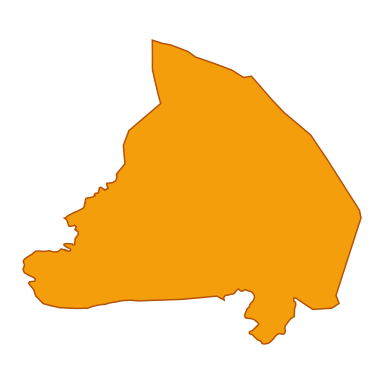 outline of Santa María Ipalapa, Oaxaca, Mexico
{"feature_id": "50627088B14334632848246", "entity_name": "Santa María Ipalapa", "entity_type": "district", "adm_level": 2, "iso_a3": "MEX", "parent_name": "Mexico", "parent_adm1": "Oaxaca", "projection": "albers", "projection_center": [-98.024, 16.622], "detail": "fine", "context": "isolated", "style": "filled", "palette": "amber", "viewbox_px": 384, "rotation_deg": 0, "n_neighbors": 0, "source": "geoboundaries", "source_scale": "gbopen_adm2", "svg_char_len": 4704}
<svg xmlns="http://www.w3.org/2000/svg" viewBox="0 0 384 384"><path d="M331.8,308.2L339.1,303.4L336.0,295.3L361.0,217.8L359.4,210.2L327.0,159.2L320.3,149.3L310.6,134.9L284.2,112.7L271.5,99.3L251.4,76.2L243.6,77.5L231.8,70.1L224.4,67.3L220.4,65.8L215.1,63.8L206.2,60.7L195.4,57.0L187.7,51.4L181.4,49.0L170.9,45.0L161.8,43.2L152.3,40.1L152.4,55.0L152.4,61.0L152.4,69.2L153.4,73.9L155.2,81.9L157.9,93.3L160.7,103.5L145.0,116.9L128.6,130.9L128.6,131.5L128.5,131.8L123.4,145.2L124.1,154.7L124.7,160.5L124.9,163.9L117.2,173.2L117.4,173.7L116.7,174.0L116.4,174.5L116.4,174.8L116.6,175.4L116.8,176.4L116.9,177.6L116.1,179.9L115.7,180.4L115.5,180.8L115.1,181.4L114.3,181.6L114.0,181.7L113.7,181.8L113.5,182.1L111.9,182.8L106.9,183.3L106.8,183.5L106.6,183.7L106.5,184.0L107.9,187.6L107.7,187.6L107.9,187.9L108.0,188.3L107.7,188.4L106.7,189.1L106.4,189.3L106.0,189.4L105.8,189.6L105.4,190.0L105.1,190.2L104.6,190.1L104.7,189.5L103.3,189.0L101.1,187.4L100.5,187.3L100.0,187.4L99.5,187.7L99.3,188.1L99.3,188.9L99.3,189.5L99.1,189.7L98.9,190.1L98.7,191.1L98.6,192.0L98.5,192.4L97.7,193.2L96.8,193.0L96.1,193.2L95.6,193.3L95.2,193.5L94.7,194.0L94.5,194.4L94.3,194.9L95.0,195.4L94.9,195.9L93.5,196.4L92.8,197.0L89.4,197.6L86.3,198.1L85.5,199.4L85.1,202.4L85.4,202.5L84.9,203.2L84.0,206.9L83.8,207.4L83.4,207.7L83.2,207.9L82.9,208.3L82.5,208.5L79.7,210.0L78.5,210.6L78.0,211.0L74.3,212.4L70.9,214.2L69.4,214.9L68.5,215.3L66.8,216.7L66.2,217.3L64.9,218.0L64.4,218.1L65.1,218.6L65.9,219.2L66.7,220.0L67.6,222.1L68.4,225.0L68.8,226.0L69.3,226.2L70.0,225.9L70.5,226.4L73.2,225.8L74.5,225.2L75.7,226.3L76.3,226.7L75.0,229.6L75.9,229.8L75.6,230.1L78.1,231.9L78.3,233.2L78.0,234.8L75.2,238.5L74.7,244.4L73.8,245.0L72.8,244.9L72.4,244.0L68.5,243.6L65.7,243.6L64.2,244.1L63.9,244.6L64.2,245.6L66.6,247.1L70.0,248.7L70.7,249.6L70.7,249.9L70.5,250.4L70.3,250.6L70.0,250.8L69.0,251.2L68.9,251.3L68.0,250.9L67.2,250.5L65.0,249.8L65.3,250.4L63.9,249.8L61.4,249.0L61.0,249.0L58.5,251.4L54.5,252.0L53.7,252.1L51.1,251.2L49.2,250.7L45.9,251.3L42.8,251.4L38.5,251.0L35.7,251.2L33.6,252.7L31.8,254.4L30.0,255.3L29.9,255.4L24.8,258.8L24.0,259.7L23.3,261.2L23.3,261.7L24.2,264.2L24.3,264.7L24.4,265.1L24.4,266.1L24.1,266.4L23.6,267.8L23.0,269.3L24.3,272.6L28.1,275.0L29.0,275.3L31.0,276.3L33.3,277.3L35.3,278.8L34.8,281.2L29.5,281.8L28.9,282.4L28.8,283.4L29.8,284.9L31.7,287.2L33.8,289.8L35.7,295.9L36.0,296.2L42.4,302.8L42.6,303.1L42.9,303.3L43.8,303.8L47.1,304.7L52.5,306.1L53.1,306.2L53.7,306.3L56.4,306.9L59.8,307.7L75.4,308.4L82.3,308.4L83.2,308.2L85.9,308.3L87.3,308.3L92.3,306.5L95.6,305.7L98.3,305.1L99.3,304.8L99.8,304.8L100.7,304.7L102.9,304.4L103.1,304.5L103.5,304.5L103.9,304.5L104.2,304.5L105.4,304.2L106.6,304.0L106.8,303.9L107.5,303.4L110.1,302.9L110.5,302.9L111.4,302.7L112.5,302.4L113.6,302.3L115.7,302.0L119.4,301.1L125.2,300.4L127.2,300.5L129.0,300.1L138.3,300.9L139.2,301.0L139.7,300.8L181.3,299.4L202.1,297.5L216.9,296.1L224.2,300.1L223.6,297.9L224.7,296.1L225.9,295.3L226.8,295.2L227.5,295.1L228.5,295.1L229.1,294.7L231.0,294.2L233.1,294.0L234.1,293.6L235.6,291.7L236.7,290.2L237.9,289.1L238.3,289.0L238.6,289.1L240.5,290.9L241.4,291.1L242.7,291.0L243.4,290.8L244.0,290.3L245.2,289.5L245.7,289.8L246.9,290.4L247.7,290.7L248.9,291.0L250.2,291.4L251.4,291.9L252.3,292.5L253.3,293.8L254.1,295.1L254.5,296.5L254.2,298.7L253.5,299.7L252.8,301.3L251.6,302.4L250.4,303.6L249.5,305.5L249.5,306.4L248.6,307.5L247.7,308.2L246.8,309.3L246.4,310.6L245.7,312.3L245.2,313.8L244.8,314.9L244.6,315.8L245.1,317.4L245.9,317.9L246.5,318.1L247.4,318.1L248.2,318.4L249.4,318.4L250.5,318.5L251.7,318.8L252.8,319.1L254.1,319.6L255.1,320.4L255.4,320.7L256.5,321.5L258.2,323.1L258.8,324.2L258.4,324.9L257.1,325.8L256.2,326.9L255.1,327.9L253.9,329.0L252.9,330.1L252.1,330.9L250.9,331.1L250.2,331.4L249.4,331.9L249.3,333.2L250.0,334.0L251.2,334.3L252.1,334.6L253.1,335.4L253.7,336.1L254.5,337.0L255.7,338.1L256.6,338.9L258.2,340.2L259.1,340.5L259.9,340.7L260.7,341.2L261.7,342.6L262.1,343.4L262.9,343.8L264.4,343.9L265.3,343.9L266.4,343.6L267.7,343.5L269.1,342.8L270.1,342.1L271.4,340.8L272.6,339.7L273.8,338.5L274.5,337.4L275.2,336.3L276.3,335.4L277.1,334.7L278.1,334.0L279.5,333.7L281.0,333.8L282.4,334.2L283.5,334.1L284.3,333.6L284.9,332.5L285.3,331.6L285.3,330.4L285.0,329.0L284.9,327.9L285.3,325.8L286.3,324.3L287.1,323.5L288.1,321.9L289.1,320.6L289.8,319.7L291.0,318.5L292.2,317.8L294.4,316.4L294.4,315.6L294.2,314.7L294.4,313.5L294.4,312.1L294.4,310.7L294.6,309.6L294.7,308.1L295.2,306.8L295.4,306.1L295.8,305.2L295.6,304.4L295.6,302.9L295.6,302.3L294.4,301.7L293.9,300.9L293.7,300.0L293.8,299.0L293.7,298.6L294.1,297.8L295.3,298.2L296.1,298.2L298.4,299.8L312.7,309.4L331.8,308.2Z" fill="#f59e0b" stroke="#b45309" stroke-width="1.5"/></svg>